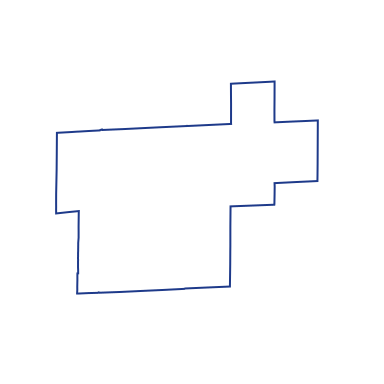 Stefan Cel Mare, Olt, Romania, rotated 340°
{"feature_id": "2599482B22741879440662", "entity_name": "Stefan Cel Mare", "entity_type": "district", "adm_level": 2, "iso_a3": "ROU", "parent_name": "Romania", "parent_adm1": "Olt", "projection": "natural_earth1", "projection_center": [24.217, 43.82], "detail": "fine", "context": "isolated", "style": "outline", "palette": "blue", "viewbox_px": 384, "rotation_deg": 340, "n_neighbors": 0, "source": "geoboundaries", "source_scale": "gbopen_adm2", "svg_char_len": 1671}
<svg xmlns="http://www.w3.org/2000/svg" viewBox="0 0 384 384"><g transform="rotate(340 192 192)"><path d="M313.6,224.6L315.7,219.1L319.6,208.7L334.7,167.8L322.3,163.9L309.7,159.9L293.4,154.8L293.7,153.7L297.6,142.9L300.7,134.6L301.3,133.0L305.9,120.5L307.4,116.4L301.4,114.6L266.7,103.9L265.6,103.6L261.2,115.9L258.9,122.4L252.1,141.0L252.0,141.4L210.5,128.5L210.3,128.3L209.9,128.1L209.6,128.2L182.7,119.8L149.3,109.5L136.7,105.5L129.4,103.2L129.1,103.1L129.2,102.8L129.0,102.5L128.5,102.4L127.0,102.4L126.6,102.4L126.4,102.6L118.9,100.3L112.3,98.3L107.9,97.0L106.9,96.7L104.7,96.0L99.2,94.4L86.0,90.4L85.3,90.2L77.9,110.1L72.4,124.8L63.7,147.3L60.5,156.0L59.1,159.9L58.3,162.0L57.0,165.7L68.9,168.6L75.9,170.4L79.1,171.2L77.9,174.3L73.6,185.7L71.7,191.0L69.8,196.2L67.5,201.3L67.3,202.0L67.0,202.7L66.8,203.3L66.5,204.0L66.3,204.6L66.0,205.4L65.9,205.7L65.4,206.9L65.2,207.6L64.9,208.3L64.6,209.1L64.3,209.8L64.0,210.5L63.9,210.9L63.7,211.3L63.5,212.0L63.2,212.7L62.9,213.6L62.5,214.5L62.3,215.0L62.1,215.6L62.0,216.0L61.9,216.4L61.8,216.6L61.6,217.2L61.1,218.4L60.9,219.0L60.7,219.5L60.5,220.1L60.3,220.6L60.1,221.2L59.9,221.7L59.8,222.0L59.5,222.8L59.1,223.9L58.6,225.5L58.1,227.0L57.6,228.4L57.2,229.5L56.5,229.3L55.9,230.8L54.2,235.5L51.8,241.7L50.7,244.8L49.3,248.1L50.0,248.4L59.9,251.5L69.2,254.6L69.5,254.4L70.1,254.4L70.4,254.7L70.6,255.0L71.2,255.2L90.7,261.5L111.3,267.9L132.1,274.4L136.7,275.8L148.4,279.4L151.7,280.4L152.5,280.3L173.8,287.0L195.3,293.8L203.0,273.5L208.0,260.0L209.4,256.3L216.3,237.4L223.3,218.7L265.0,232.1L265.3,231.5L268.7,222.7L271.5,215.3L272.6,211.9L293.1,218.2L313.6,224.6Z" fill="none" stroke="#1e3a8a" stroke-width="2"/></g></svg>